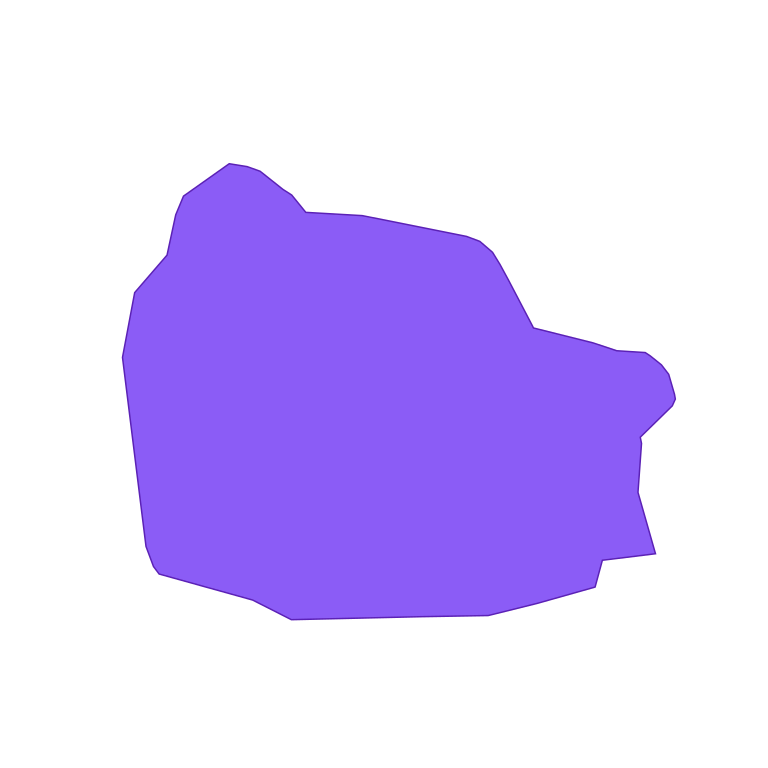 the district of Malvik nor, Sør-Trøndelag, Norway, rotated 163°
{"feature_id": "86288312B32128147413448", "entity_name": "Malvik nor", "entity_type": "district", "adm_level": 2, "iso_a3": "NOR", "parent_name": "Norway", "parent_adm1": "Sør-Trøndelag", "projection": "albers", "projection_center": [10.873, 63.347], "detail": "fine", "context": "isolated", "style": "filled", "palette": "violet", "viewbox_px": 768, "rotation_deg": 163, "n_neighbors": 0, "source": "geoboundaries", "source_scale": "gbopen_adm2", "svg_char_len": 687}
<svg xmlns="http://www.w3.org/2000/svg" viewBox="0 0 768 768"><g transform="rotate(163 384 384)"><path d="M352.0,132.1L301.7,129.4L241.5,128.1L226.7,151.6L174.0,142.3L172.8,206.1L155.1,251.9L154.5,258.2L114.7,278.8L109.8,284.4L109.2,289.2L108.9,310.0L113.1,321.2L121.2,333.1L125.0,337.7L151.8,347.8L171.9,362.1L224.7,393.9L225.0,395.9L234.5,446.6L238.1,464.3L241.7,478.2L250.7,492.4L261.9,501.0L355.6,551.4L408.6,571.0L417.0,591.7L423.7,599.6L440.3,623.7L451.3,631.9L467.6,639.9L520.8,622.3L533.7,606.7L553.8,570.7L595.7,544.3L626.3,485.9L659.1,298.2L657.8,276.8L654.6,268.0L572.8,215.8L541.5,185.7L416.8,150.7L352.0,132.1Z" fill="#8b5cf6" stroke="#5b21b6" stroke-width="1.5"/></g></svg>